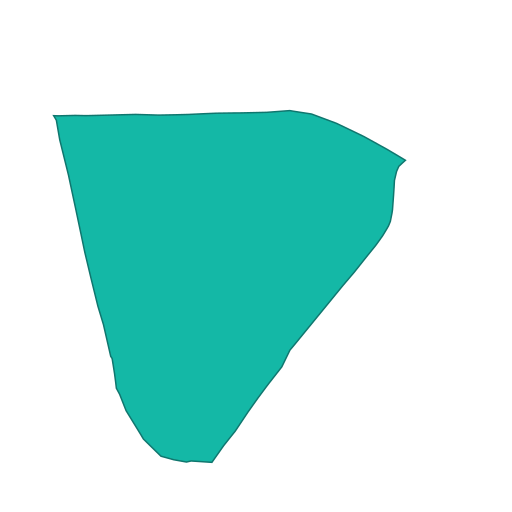 Jean Baptiste, Anse-la-Raye, Saint Lucia (Natural Earth projection), rotated 75°
{"feature_id": "8701671B12563091717165", "entity_name": "Jean Baptiste", "entity_type": "district", "adm_level": 2, "iso_a3": "LCA", "parent_name": "Saint Lucia", "parent_adm1": "Anse-la-Raye", "projection": "natural_earth1", "projection_center": [-61.016, 13.948], "detail": "fine", "context": "isolated", "style": "filled", "palette": "teal", "viewbox_px": 512, "rotation_deg": 75, "n_neighbors": 0, "source": "geoboundaries", "source_scale": "gbopen_adm2", "svg_char_len": 1172}
<svg xmlns="http://www.w3.org/2000/svg" viewBox="0 0 512 512"><g transform="rotate(75 256 256)"><path d="M315.3,422.3L317.8,421.5L324.7,422.2L333.2,423.1L342.9,424.4L347.6,425.1L354.3,423.5L371.8,421.5L398.0,413.7L401.6,412.7L403.7,412.1L413.7,406.2L418.6,403.3L424.8,399.6L428.2,393.8L431.5,388.2L437.0,376.5L437.2,371.7L443.9,352.0L430.8,336.3L424.2,327.4L419.8,321.4L404.7,304.2L393.6,290.8L384.9,279.8L382.2,276.3L369.8,259.8L355.7,247.6L350.7,240.5L307.0,179.7L297.0,165.2L285.9,150.2L276.8,137.7L273.9,134.1L269.1,128.3L264.4,123.4L261.3,120.3L257.4,117.3L249.9,113.6L246.7,112.2L233.2,107.5L225.5,104.9L218.8,102.7L210.8,98.4L209.5,97.4L206.4,94.9L204.3,91.0L202.2,86.9L187.1,101.6L168.5,120.9L148.8,143.8L133.3,165.5L132.6,167.0L129.2,174.8L125.7,182.7L124.3,185.7L120.0,208.5L114.0,233.1L112.1,240.4L107.8,257.4L105.2,269.0L101.8,284.6L98.7,297.5L94.7,313.6L88.1,335.6L77.0,381.6L76.2,384.7L73.4,394.3L73.0,396.0L69.4,410.9L68.1,415.1L70.6,414.4L73.2,413.7L92.9,415.5L98.3,415.6L129.6,416.2L139.1,416.7L164.7,418.0L190.4,419.4L208.1,420.4L215.7,420.6L233.7,421.1L263.5,421.7L282.8,421.1L315.3,422.3Z" fill="#14b8a6" stroke="#0f766e" stroke-width="1.5"/></g></svg>